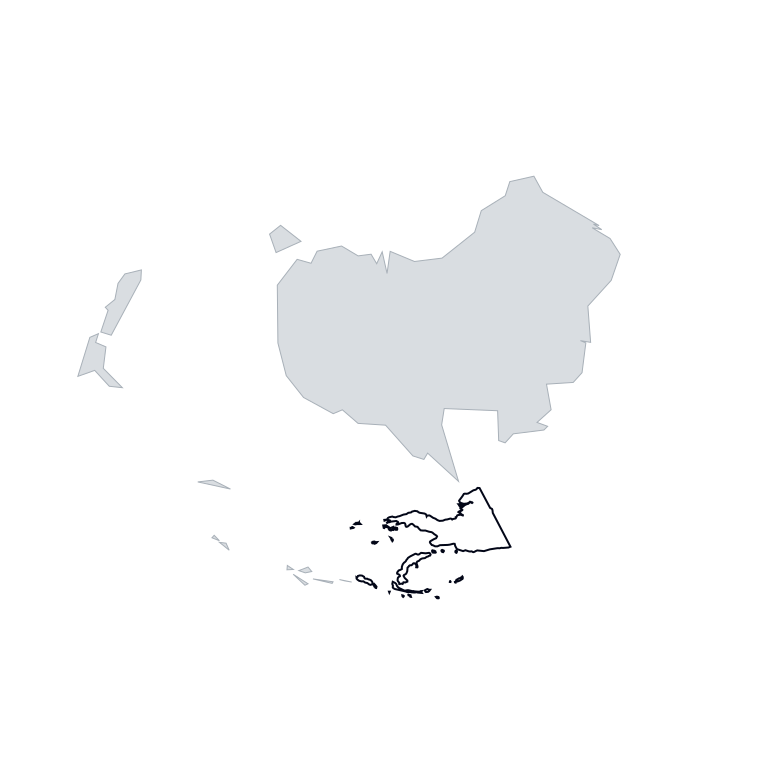 Papua New Guinea on a map of Oceania (orthographic projection), rotated 153°
{"feature_id": "PNG", "entity_name": "Papua New Guinea", "entity_type": "country or territory", "adm_level": 0, "iso_a3": "PNG", "parent_name": "Oceania", "parent_adm1": "", "projection": "orthographic", "projection_center": [148.76, -6.492], "detail": "fine", "context": "in_parent", "style": "outline", "palette": "ink", "viewbox_px": 768, "rotation_deg": 153, "n_neighbors": 5, "source": "natural_earth", "source_scale": "50m", "svg_char_len": 7864}
<svg xmlns="http://www.w3.org/2000/svg" viewBox="0 0 768 768"><g transform="rotate(153 384 384)"><path d="M601.8,319.1L607.1,325.1L604.0,326.3L601.8,319.1ZM602.5,317.6L597.0,313.9L597.4,306.2L602.5,317.6Z" fill="#d9dde1" stroke="#a8b0b8" stroke-width="1"/><path d="M568.5,360.1L594.4,381.3L580.1,376.0L568.5,360.1Z" fill="#d9dde1" stroke="#a8b0b8" stroke-width="1"/><path d="M554.8,262.5L552.5,266.2L549.0,259.9L554.8,262.5ZM545.8,240.6L551.3,255.7L542.4,240.5L545.8,240.6ZM544.6,256.4L534.8,255.4L533.5,249.7L539.9,251.5L544.6,256.4ZM520.7,229.9L535.8,242.6L519.2,230.9L520.7,229.9ZM508.6,226.6L512.5,230.0L502.7,222.2L508.6,226.6Z" fill="#d9dde1" stroke="#a8b0b8" stroke-width="1"/><path d="M653.3,529.8L624.9,559.1L615.6,558.5L622.1,551.9L614.9,543.3L627.0,525.4L618.8,499.5L629.8,506.7L635.6,527.5L653.3,529.8ZM553.4,587.1L604.9,551.3L612.7,558.9L596.4,574.9L597.5,578.9L585.4,581.5L575.3,594.4L564.9,599.7L548.4,595.8L553.4,587.1Z" fill="#d9dde1" stroke="#a8b0b8" stroke-width="1"/><path d="M393.2,548.8L420.5,550.1L417.9,569.5L404.1,572.3L393.2,548.8ZM234.3,478.1L218.6,494.3L190.5,496.7L180.0,507.2L156.1,501.1L155.5,482.7L120.4,427.5L124.8,431.4L119.9,422.7L127.6,428.7L116.5,410.9L114.7,392.3L134.5,373.2L167.0,360.9L181.0,327.3L189.3,333.5L185.5,329.0L202.4,304.2L214.7,299.5L239.3,310.1L246.8,285.2L265.1,280.3L257.4,272.0L262.4,270.4L291.4,280.9L302.8,276.6L307.5,281.5L294.9,308.6L341.5,334.8L351.2,321.4L361.8,263.4L376.5,302.6L382.7,298.7L390.9,306.8L401.3,346.6L425.0,360.7L432.8,379.9L442.7,380.6L461.8,408.5L467.3,435.8L459.9,468.7L434.2,520.5L404.8,534.5L394.2,524.7L383.3,532.7L359.2,526.2L348.9,509.9L336.6,505.5L335.9,494.5L325.6,502.6L331.1,481.1L318.3,499.4L301.2,479.3L275.1,469.8L234.3,478.1Z" fill="#d9dde1" stroke="#a8b0b8" stroke-width="1"/><path d="M346.1,247.9L345.7,225.4L344.5,223.7L344.6,222.4L345.6,219.7L345.2,181.6L347.3,181.8L352.4,183.9L353.9,184.8L355.4,185.1L357.7,186.3L364.7,188.6L370.8,189.7L376.5,193.4L378.3,193.5L379.6,193.4L380.7,193.6L381.1,193.9L381.4,194.5L382.2,195.3L383.3,195.6L384.4,196.4L386.9,198.9L389.4,199.2L393.8,203.6L394.0,204.3L394.1,207.2L393.6,209.5L394.7,210.2L398.3,211.0L400.3,211.7L406.7,214.7L407.5,215.0L410.1,215.1L412.1,216.1L413.7,218.2L414.5,218.8L415.0,221.2L414.9,222.3L414.5,222.7L413.5,222.9L409.9,223.1L407.6,222.9L405.9,224.1L406.0,225.0L407.4,227.4L408.3,229.6L409.0,230.5L411.0,232.0L413.7,234.7L415.8,235.7L417.8,237.0L418.6,239.4L419.0,241.5L421.0,243.0L421.8,245.5L422.4,246.6L423.3,247.0L424.5,247.0L427.5,246.3L428.6,246.4L429.1,246.8L429.2,247.9L428.7,249.1L428.6,250.2L429.2,251.1L431.3,252.1L435.3,252.5L436.7,253.1L436.4,253.6L434.2,254.3L434.2,254.9L435.3,256.4L440.2,258.2L442.0,258.4L443.3,258.9L445.1,258.7L443.0,259.7L441.0,259.4L440.7,259.7L441.5,260.6L443.0,261.6L442.7,262.0L441.4,262.8L439.8,262.9L436.7,262.1L436.0,261.2L434.1,259.9L432.0,259.7L430.1,259.2L425.9,258.8L423.1,257.9L420.8,258.2L419.2,257.6L418.0,257.3L417.0,257.6L414.2,257.0L412.0,255.4L411.5,254.1L410.6,253.0L406.6,250.1L405.7,248.6L406.1,246.7L405.6,247.0L405.0,247.0L403.4,246.4L402.7,245.6L401.0,242.5L399.3,240.6L398.2,238.5L396.7,236.8L393.6,235.5L391.0,235.3L389.1,234.6L386.0,234.0L385.1,233.3L384.8,232.3L383.9,232.4L381.3,231.7L380.7,232.0L380.5,232.8L379.7,232.7L378.4,233.7L377.6,233.6L375.1,232.8L373.4,231.0L372.7,230.7L373.5,231.6L375.6,235.6L374.6,235.6L375.1,236.3L374.5,236.4L371.7,236.0L371.4,236.2L372.3,238.2L367.1,239.4L365.2,239.4L363.3,239.0L361.4,239.6L360.7,239.5L359.6,238.0L358.2,238.3L359.4,238.3L360.1,239.5L360.9,240.1L361.9,239.7L364.2,239.8L367.3,241.0L369.3,242.9L370.0,243.9L370.2,245.4L370.0,246.0L364.9,248.5L362.8,249.8L361.7,249.6L360.3,248.7L358.6,248.2L352.6,248.7L350.4,248.2L349.3,248.3L348.5,248.8L347.7,248.9L346.1,247.9ZM455.2,197.5L456.7,198.5L458.2,197.4L459.0,198.2L461.2,198.8L460.7,200.3L461.1,201.7L461.1,202.7L460.6,203.7L459.6,205.0L458.7,205.4L457.1,205.5L456.8,206.2L456.9,207.0L458.4,209.1L457.8,210.1L455.6,211.2L453.9,211.0L452.1,211.0L451.1,213.0L449.2,214.8L447.3,215.7L446.0,215.9L444.9,216.3L443.8,217.1L442.7,217.5L441.5,218.2L438.6,218.5L433.2,218.5L432.6,218.2L431.5,216.8L430.5,216.3L427.6,216.7L423.7,214.2L420.5,213.1L419.9,212.2L419.9,210.9L420.8,210.2L422.2,210.5L423.2,210.3L424.4,210.6L426.6,210.3L429.1,211.2L430.2,211.3L431.4,211.2L433.0,210.6L435.0,210.7L436.3,209.9L436.8,206.8L437.2,205.7L437.6,205.5L438.5,206.1L437.6,207.3L437.5,208.5L437.8,209.7L438.6,210.7L439.7,210.8L440.8,210.2L442.0,210.1L443.1,210.7L444.2,210.6L444.7,210.2L445.8,209.9L446.4,209.7L448.3,206.6L450.2,205.0L451.3,204.7L452.7,204.8L453.7,204.2L453.6,201.7L452.4,198.3L452.9,197.3L455.2,197.5ZM496.8,223.0L496.3,224.2L496.1,223.8L495.2,224.1L494.4,224.8L492.4,224.4L490.6,223.3L489.3,221.3L489.5,220.1L489.2,219.1L487.3,218.1L486.6,217.0L485.9,216.5L484.8,215.2L484.3,213.3L484.7,211.3L484.6,210.2L486.0,211.0L487.3,211.2L488.2,212.1L489.2,214.2L491.0,215.7L491.9,217.5L493.6,218.3L495.5,219.9L496.5,221.8L496.8,223.0ZM467.4,202.1L466.0,203.8L464.5,201.8L463.9,200.4L464.1,198.2L463.8,196.7L463.1,195.3L459.9,191.0L459.0,190.3L456.8,189.7L455.9,189.2L452.8,186.6L451.7,186.1L451.0,185.4L447.6,183.3L446.6,182.8L445.4,182.8L444.4,182.4L445.2,182.1L445.3,181.4L445.2,180.7L448.7,182.9L449.2,183.7L450.1,183.8L451.8,184.5L453.9,185.8L455.1,186.8L457.4,187.7L458.9,189.3L467.4,196.4L468.4,197.9L468.5,198.9L467.6,200.2L467.4,202.1ZM406.9,174.5L410.3,175.1L410.5,175.1L410.6,174.8L410.8,175.0L410.7,175.5L409.7,175.5L408.3,176.7L407.7,176.6L405.5,176.8L403.7,176.4L403.2,176.7L402.5,176.6L401.6,177.0L401.5,176.2L402.2,175.9L402.1,175.1L402.7,174.6L403.8,174.7L404.8,174.4L406.9,174.5ZM441.9,249.6L443.3,250.5L444.1,250.2L444.5,250.4L445.4,251.3L445.6,252.9L445.1,253.3L445.1,252.9L444.7,252.8L441.0,252.5L441.7,251.6L441.0,250.5L441.0,249.8L441.9,249.6ZM441.2,181.6L439.2,181.7L438.4,181.6L437.2,180.1L436.4,179.7L437.8,179.0L439.1,178.8L441.1,179.6L441.4,180.4L441.2,181.6ZM447.4,256.5L447.8,256.5L448.6,255.8L449.2,255.5L449.6,255.9L448.9,258.3L446.2,257.2L446.1,256.3L445.6,256.0L444.5,254.0L444.4,253.3L445.2,254.3L447.1,255.7L447.1,256.1L447.4,256.5ZM463.1,245.8L464.9,245.9L465.3,246.5L466.3,247.0L466.7,247.4L466.3,248.0L466.4,248.4L465.4,248.5L463.9,247.9L463.8,247.5L463.1,246.8L461.9,246.3L463.1,245.8ZM471.8,271.5L473.4,272.0L474.0,272.6L471.9,273.0L471.6,272.7L470.2,272.3L470.0,271.6L469.3,271.9L469.6,271.4L468.8,270.9L468.5,269.9L471.8,271.5ZM416.7,213.8L416.3,213.8L416.1,213.4L415.2,213.0L414.2,211.7L414.4,210.4L414.9,210.4L417.0,211.6L417.2,212.0L417.1,213.1L416.7,213.8ZM440.3,250.1L439.9,251.4L439.3,251.2L437.7,249.8L438.0,248.7L438.7,248.2L439.8,248.8L440.3,250.1ZM484.3,209.6L483.5,210.2L483.1,208.9L482.7,206.8L483.6,205.8L484.1,206.2L484.2,207.2L484.6,207.9L484.3,209.6ZM408.1,209.8L407.5,209.8L406.4,208.5L406.4,208.0L407.6,207.3L408.4,207.9L408.6,209.3L408.1,209.8ZM434.0,169.1L434.4,170.7L433.4,170.5L432.2,169.5L432.2,168.8L432.5,168.3L433.0,168.4L434.0,169.1ZM396.3,202.6L395.7,202.9L395.2,202.7L395.0,202.0L395.1,201.4L396.1,200.7L396.5,201.1L396.7,201.8L396.3,202.6ZM447.8,243.4L447.9,244.2L447.2,243.4L447.5,241.7L446.8,241.3L447.2,240.5L447.9,240.2L447.9,241.3L448.1,241.7L447.8,243.4ZM372.2,242.6L372.3,243.1L370.9,242.5L368.8,241.2L368.3,240.5L370.7,241.5L372.2,242.6ZM372.1,241.1L371.7,241.1L369.9,240.4L369.4,239.9L372.0,240.1L372.1,241.1ZM479.2,270.4L479.0,270.9L478.7,270.7L477.6,271.0L477.0,270.9L476.6,270.2L477.6,270.4L477.4,269.9L479.2,270.4ZM463.9,186.5L463.6,187.4L463.0,186.9L462.6,186.1L462.9,185.8L463.6,185.6L463.9,186.5ZM458.1,184.6L458.0,185.1L457.7,185.1L456.6,183.8L456.8,183.5L458.1,184.6ZM445.6,262.0L445.4,262.8L444.4,262.4L444.6,261.9L445.6,262.0ZM457.2,183.2L456.4,183.4L456.6,182.1L457.1,182.4L457.2,183.2ZM415.2,177.7L414.8,178.3L413.7,178.1L414.3,177.9L414.7,177.4L415.2,177.7ZM473.9,195.8L473.8,196.7L473.2,196.4L473.9,195.8Z" fill="none" stroke="#020617" stroke-width="2"/></g></svg>